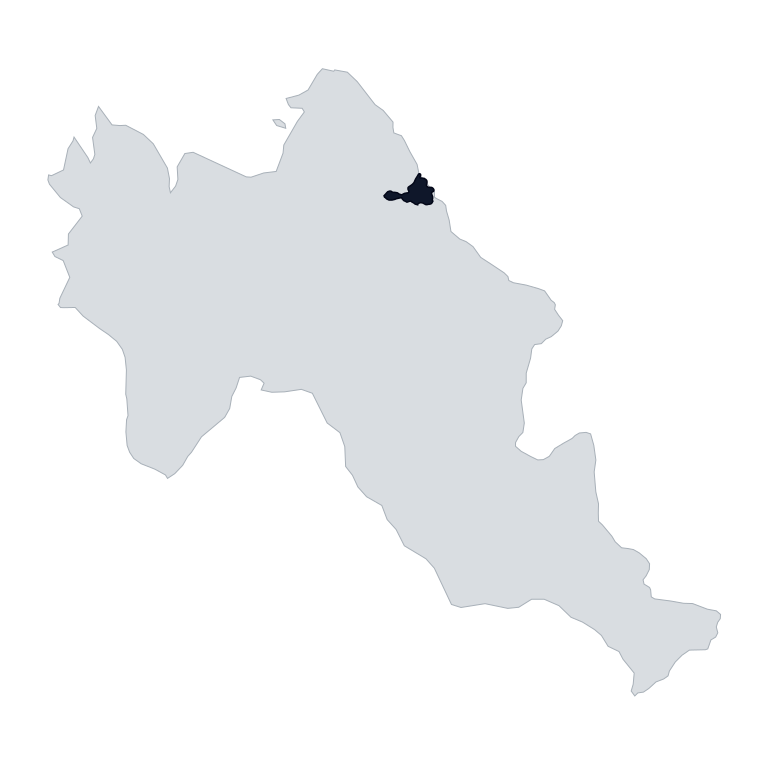 Usi, Chagang-do, North Korea (highlighted), rotated 89°
{"feature_id": "82179303B10804861284408", "entity_name": "Usi", "entity_type": "district", "adm_level": 2, "iso_a3": "PRK", "parent_name": "North Korea", "parent_adm1": "Chagang-do", "projection": "natural_earth1", "projection_center": [125.541, 40.577], "detail": "fine", "context": "in_parent", "style": "filled", "palette": "ink", "viewbox_px": 768, "rotation_deg": 89, "n_neighbors": 0, "source": "geoboundaries", "source_scale": "gbopen_adm2", "svg_char_len": 6424}
<svg xmlns="http://www.w3.org/2000/svg" viewBox="0 0 768 768"><g transform="rotate(89 384 384)"><path d="M474.6,602.1L471.1,604.1L465.1,614.7L459.5,628.2L454.1,635.5L447.8,639.5L441.0,641.9L427.4,642.9L415.2,642.0L411.2,640.5L394.4,641.4L389.7,642.4L365.5,641.3L352.8,642.4L344.8,645.0L336.7,650.5L329.7,658.7L323.5,667.5L310.9,683.6L302.1,691.4L302.1,702.7L301.9,706.1L298.8,708.5L297.7,707.5L292.6,706.6L271.9,696.3L255.0,702.6L250.8,710.8L246.3,713.4L239.5,697.4L228.5,696.9L210.9,682.8L203.4,685.6L201.5,691.3L191.9,704.3L178.4,715.0L174.1,716.5L169.1,715.7L169.9,712.8L164.4,700.7L143.2,695.8L135.5,690.7L131.7,689.6L152.5,676.1L157.9,673.7L153.8,670.6L149.4,669.1L132.4,671.1L123.4,666.7L110.5,668.1L101.5,664.6L120.2,651.4L121.0,643.6L120.8,637.7L130.3,620.2L139.8,610.5L164.3,596.8L175.0,594.9L182.8,595.4L189.1,594.2L182.5,588.9L175.9,586.5L163.3,587.0L150.1,579.1L149.0,570.8L174.5,518.1L174.9,513.3L170.9,500.6L169.6,488.1L151.4,480.9L143.3,480.0L119.9,466.0L110.6,458.9L106.9,461.0L106.2,472.2L102.9,474.7L96.8,476.9L93.7,464.1L88.7,454.8L73.2,445.3L67.7,440.1L70.4,428.8L69.1,427.8L71.6,415.2L81.2,405.5L104.5,388.1L110.5,380.0L122.3,370.4L127.6,370.6L133.1,369.8L134.8,365.6L136.0,362.3L140.8,359.4L152.1,354.1L165.0,347.1L175.3,345.2L187.9,334.8L193.1,330.2L198.2,330.2L199.6,328.1L202.5,322.7L206.5,319.2L212.1,318.5L221.2,316.0L232.7,314.4L240.4,305.7L243.1,299.4L248.2,292.6L259.1,285.1L266.6,274.0L274.9,262.0L278.8,258.2L282.7,257.4L285.0,252.9L287.6,240.1L291.4,227.7L293.7,221.8L303.2,215.4L305.7,212.3L307.8,211.3L312.3,212.1L318.2,208.4L323.8,204.2L328.9,205.7L334.1,209.1L339.6,216.0L342.0,221.5L346.4,226.0L347.2,232.7L351.5,235.6L360.7,237.0L375.6,241.6L385.3,241.8L390.8,245.2L402.4,247.1L425.5,244.4L434.9,246.0L438.9,250.1L444.8,253.5L448.6,253.6L453.7,248.0L459.0,238.7L462.6,231.6L462.4,226.0L459.2,220.0L451.5,214.4L446.4,205.7L441.6,196.7L438.8,193.8L436.4,189.5L435.9,182.8L437.5,178.3L449.0,175.3L463.7,173.5L475.6,175.4L495.5,174.1L507.6,171.6L516.7,172.0L525.0,171.9L528.7,168.1L540.2,158.8L545.8,155.6L551.9,149.3L552.8,142.8L553.9,137.5L557.3,131.8L563.3,124.8L568.4,121.6L574.2,122.0L580.3,125.2L584.3,128.4L588.6,127.5L592.1,122.0L594.5,121.0L601.5,120.5L603.6,117.1L606.0,101.0L608.5,88.2L608.9,79.3L614.8,64.6L616.6,55.7L620.3,51.5L624.5,51.9L628.1,54.5L632.7,56.0L638.6,54.6L642.8,56.8L645.6,61.6L654.5,64.9L655.3,67.3L655.4,83.3L660.4,90.8L667.0,97.6L676.0,103.7L680.8,105.1L683.8,109.5L686.6,117.2L693.1,124.6L696.6,130.0L697.3,135.6L700.3,138.7L695.3,142.2L688.6,140.1L677.4,138.9L663.4,149.8L655.6,153.7L650.2,164.5L639.2,171.0L633.2,177.8L625.5,189.7L620.5,201.1L608.7,212.9L602.0,227.6L601.8,240.2L609.6,253.2L610.5,264.2L605.4,286.8L608.8,310.9L605.6,320.4L569.0,336.9L559.5,345.1L546.1,366.5L529.7,374.4L519.6,383.2L505.4,388.3L496.4,403.4L486.5,411.9L474.7,417.1L465.8,423.8L445.9,424.3L431.9,428.9L422.0,441.5L392.0,455.8L387.9,466.7L390.1,483.5L390.3,496.3L387.8,506.9L381.1,503.9L377.6,507.4L373.8,517.1L374.9,528.3L385.3,531.9L393.8,536.4L405.8,538.7L414.6,543.9L433.6,567.4L448.9,577.7L453.0,581.5L461.8,586.7L470.0,594.8L474.6,602.1ZM123.7,486.8L118.0,490.5L117.7,484.0L122.1,478.5L126.6,477.8L123.7,486.8Z" fill="#d9dde1" stroke="#a8b0b8" stroke-width="1"/><path d="M202.0,331.9L201.9,332.0L201.7,332.3L201.4,332.4L201.2,332.4L200.8,332.4L200.7,332.4L200.3,332.4L200.2,332.4L199.9,332.3L199.6,332.2L199.4,332.2L199.2,332.1L198.9,332.1L198.6,332.1L198.4,332.1L198.2,332.1L197.9,332.1L197.6,332.1L197.4,332.2L197.2,332.2L197.1,332.3L196.9,332.4L196.7,332.4L196.6,332.5L196.4,332.5L196.2,332.6L195.9,332.7L195.8,332.8L195.7,332.8L195.4,332.9L195.2,332.9L195.1,333.0L194.9,333.0L194.7,333.1L194.4,333.1L194.2,333.1L193.9,333.1L193.7,333.1L193.4,333.0L193.4,332.9L193.2,332.8L193.1,332.7L192.9,332.4L192.8,332.2L192.7,332.1L192.6,331.9L192.5,331.7L192.4,331.5L192.4,331.4L192.3,331.2L192.2,331.2L192.1,330.9L191.9,330.8L191.7,330.7L191.4,330.7L191.2,330.7L190.9,330.7L190.7,330.7L190.6,330.8L190.4,330.8L190.2,330.9L190.0,331.0L189.9,331.1L189.7,331.2L189.6,331.3L189.4,331.4L189.4,331.5L189.2,331.6L189.1,331.8L188.9,332.0L188.7,332.2L188.7,332.3L188.5,332.5L188.4,332.7L188.4,332.8L188.3,333.0L188.3,333.3L188.2,333.5L188.2,333.8L188.2,334.0L188.2,334.3L188.2,334.5L188.2,334.8L188.3,334.9L188.3,335.0L188.3,335.3L188.2,335.5L188.2,335.9L188.1,336.0L188.0,336.3L187.9,336.5L187.8,336.8L187.7,336.9L187.6,337.0L187.4,337.3L187.3,337.5L187.2,337.5L186.9,337.8L186.7,337.9L186.3,338.0L186.2,338.0L185.9,338.0L185.7,338.0L185.4,338.0L185.2,338.0L185.0,337.9L184.9,337.9L184.7,337.8L184.4,337.7L184.2,337.7L183.9,337.6L183.7,337.5L183.4,337.5L183.1,337.5L182.9,337.5L182.6,337.5L182.4,337.5L182.2,337.5L181.9,337.5L181.7,337.6L181.4,337.7L181.2,337.8L181.0,338.0L180.9,338.0L180.7,338.2L180.6,338.3L180.4,338.4L180.4,338.5L180.2,338.7L180.2,338.8L180.0,339.0L179.9,339.1L179.8,339.3L179.7,339.4L179.6,339.5L179.4,339.7L179.4,339.8L179.2,340.0L179.1,340.3L179.1,340.5L179.1,340.8L179.0,341.1L179.0,341.3L178.9,341.4L178.9,341.6L178.9,341.8L178.8,342.0L178.8,342.3L178.7,342.5L178.7,342.8L178.7,343.0L178.7,343.3L178.7,343.5L178.8,343.6L178.8,343.8L178.8,344.0L178.7,344.1L178.4,344.2L178.3,344.3L178.2,344.3L177.9,344.4L177.7,344.4L177.4,344.4L177.2,344.2L176.9,343.9L176.7,343.8L176.4,343.8L176.2,343.7L175.9,343.7L175.6,343.7L175.4,343.7L175.3,343.8L175.2,343.8L174.9,343.9L174.9,344.0L174.7,344.1L174.6,344.3L174.6,344.5L174.4,344.7L174.4,344.8L174.4,345.0L174.5,345.2L174.5,345.3L174.6,345.5L174.7,345.8L176.6,346.9L179.5,348.8L181.6,349.8L182.2,350.0L183.5,350.8L184.7,352.0L185.2,352.6L187.5,356.1L188.3,356.6L189.8,356.6L191.5,355.9L192.2,355.7L193.0,356.1L193.4,357.4L193.4,358.2L193.8,360.3L194.4,361.5L195.1,362.8L195.0,363.6L194.3,365.6L193.3,366.9L193.0,367.5L192.6,369.7L192.5,371.5L192.4,372.1L191.4,373.5L191.2,374.2L191.2,375.0L191.6,376.3L191.8,376.9L193.0,378.1L193.6,378.6L195.8,380.7L197.2,380.2L197.6,379.5L198.6,378.5L199.2,377.8L199.5,377.1L200.2,375.7L200.2,374.7L200.2,374.0L200.2,373.5L200.2,372.6L199.9,371.3L199.6,369.9L199.0,368.5L198.6,366.5L198.3,365.1L198.0,363.0L199.0,362.7L201.0,361.0L201.3,360.3L202.0,358.9L202.6,357.9L202.3,356.9L201.7,355.1L201.7,353.8L202.7,352.7L203.3,351.4L204.7,349.7L205.4,347.3L205.0,347.3L204.0,346.2L203.4,344.9L203.4,343.5L203.8,341.8L204.7,340.4L205.4,339.0L205.4,337.7L205.1,336.6L205.1,335.6L204.8,334.2L204.5,333.6L203.7,332.8L202.0,331.9Z" fill="#0f172a" stroke="#020617" stroke-width="1.5"/></g></svg>